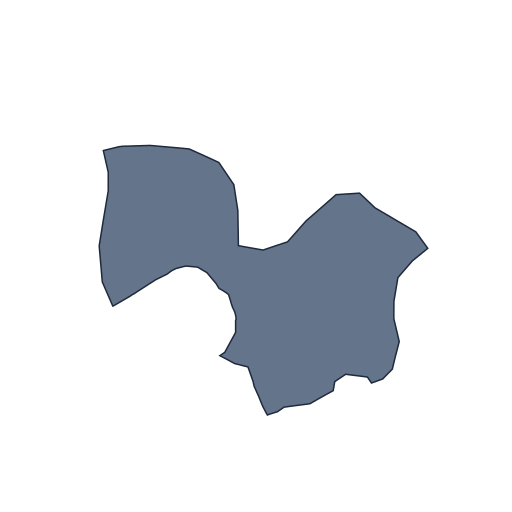 outline of Khawlan, Sana'a, Yemen, rotated 236°
{"feature_id": "15242507B89574765646204", "entity_name": "Khawlan", "entity_type": "district", "adm_level": 2, "iso_a3": "YEM", "parent_name": "Yemen", "parent_adm1": "Sana'a", "projection": "natural_earth1", "projection_center": [44.722, 15.275], "detail": "fine", "context": "isolated", "style": "filled", "palette": "slate", "viewbox_px": 512, "rotation_deg": 236, "n_neighbors": 0, "source": "geoboundaries", "source_scale": "gbopen_adm2", "svg_char_len": 1878}
<svg xmlns="http://www.w3.org/2000/svg" viewBox="0 0 512 512"><g transform="rotate(236 256 256)"><path d="M158.8,361.8L164.5,382.9L166.3,402.7L186.8,402.0L186.9,401.9L208.0,391.8L211.6,390.1L229.4,381.6L250.2,377.0L260.2,359.9L262.1,356.7L260.9,347.3L258.9,331.6L257.1,317.1L255.0,309.0L254.9,308.5L254.1,305.6L250.1,290.0L252.8,280.5L257.0,265.2L259.2,262.9L270.1,251.6L274.4,247.2L297.6,262.3L303.7,266.3L322.6,275.2L327.5,277.5L354.3,277.5L360.3,273.9L382.1,260.5L388.6,252.6L406.9,230.0L412.2,221.6L415.3,216.7L419.3,210.3L421.3,207.3L423.2,203.6L428.8,188.4L408.0,180.3L392.6,169.9L370.3,148.7L356.3,135.6L352.0,131.6L320.5,114.1L317.9,113.6L295.8,109.5L294.5,109.3L294.4,109.7L293.1,128.9L293.1,132.9L293.0,133.0L292.9,133.1L292.9,136.1L292.6,151.5L292.5,154.1L292.4,159.5L290.7,172.3L290.9,175.7L290.9,178.5L290.3,182.9L289.4,185.3L287.6,190.5L286.6,192.6L279.4,201.4L273.4,204.2L269.7,206.0L255.3,207.5L249.8,207.2L248.9,207.7L246.7,208.8L244.3,209.9L241.8,210.9L239.4,211.7L237.5,211.1L237.4,211.1L235.2,210.4L232.8,209.7L230.6,209.0L228.2,208.3L226.3,207.8L226.1,207.8L223.5,207.4L221.2,207.0L218.7,206.1L216.5,205.2L214.6,204.0L213.9,203.0L204.1,196.4L197.9,184.5L193.6,176.2L193.6,170.3L178.7,178.2L168.5,187.3L153.9,183.5L149.0,181.6L143.8,180.7L143.3,180.6L142.1,180.4L139.7,180.0L138.5,179.8L131.5,178.3L127.5,177.5L120.4,176.7L117.8,176.5L117.3,178.6L115.9,183.4L114.9,186.6L115.0,194.9L114.6,195.5L112.6,199.6L111.3,202.2L109.1,206.6L103.4,218.0L102.8,226.0L102.3,232.5L102.2,233.7L101.2,244.7L106.6,249.9L107.8,251.0L107.8,252.4L107.8,255.9L107.8,259.3L107.8,264.2L103.3,269.3L101.5,271.4L96.7,276.9L93.3,280.7L86.1,280.7L83.2,292.3L83.9,295.5L86.0,305.8L89.7,309.8L94.8,315.4L98.3,319.4L105.0,326.9L113.9,330.3L121.1,333.0L126.7,335.1L129.3,336.8L141.3,345.0L157.3,360.2L158.7,361.5L158.8,361.8Z" fill="#64748b" stroke="#1e293b" stroke-width="1.5"/></g></svg>